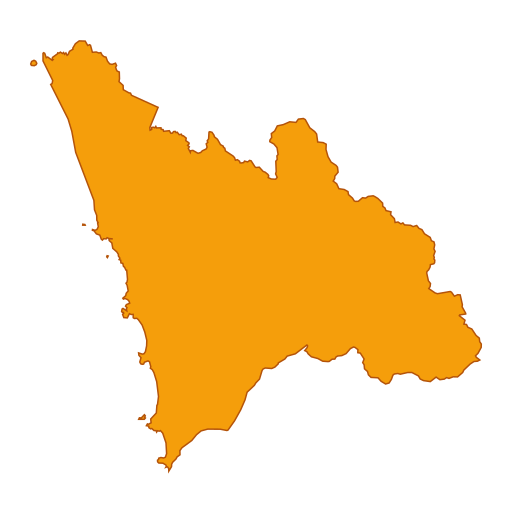 Mandailing Natal, Sumatera Utara, Indonesia
{"feature_id": "22746128B80893459197040", "entity_name": "Mandailing Natal", "entity_type": "district", "adm_level": 2, "iso_a3": "IDN", "parent_name": "Indonesia", "parent_adm1": "Sumatera Utara", "projection": "albers", "projection_center": [99.32, 0.78], "detail": "fine", "context": "isolated", "style": "filled", "palette": "amber", "viewbox_px": 512, "rotation_deg": 0, "n_neighbors": 0, "source": "geoboundaries", "source_scale": "gbopen_adm2", "svg_char_len": 6006}
<svg xmlns="http://www.w3.org/2000/svg" viewBox="0 0 512 512"><path d="M303.4,118.5L298.4,119.1L296.0,122.4L289.7,121.8L283.3,124.6L277.3,125.9L274.7,131.0L271.3,133.6L271.7,137.5L269.9,140.1L269.8,141.7L273.9,144.0L277.0,147.7L278.1,154.5L276.9,155.9L277.2,159.5L275.8,161.2L276.2,171.5L275.6,173.9L277.2,177.3L275.7,179.2L271.3,179.0L268.2,177.6L268.7,175.7L267.9,174.4L265.2,172.2L263.1,171.4L259.3,167.2L256.0,167.5L255.1,167.0L251.1,160.8L249.6,160.4L247.7,161.9L244.5,161.1L243.6,162.6L241.1,163.0L240.0,162.8L239.6,161.3L237.4,159.7L235.4,160.2L234.6,157.7L233.2,156.1L225.4,150.9L224.8,148.2L223.5,147.4L223.3,146.2L220.5,144.6L217.4,139.2L214.4,136.8L214.0,135.2L212.0,132.3L209.8,131.7L209.0,132.1L208.6,138.9L207.2,140.8L207.8,142.4L206.2,143.8L207.1,147.2L206.1,149.0L202.3,150.8L200.7,152.5L198.0,153.3L192.9,150.4L190.6,150.7L190.3,152.3L188.3,148.4L189.3,146.8L187.6,145.4L189.1,143.8L188.9,142.8L185.8,140.6L186.2,138.1L183.4,135.8L182.1,135.7L181.4,134.2L179.2,134.7L177.2,132.2L176.0,132.6L175.2,131.4L173.5,131.6L172.5,133.1L170.9,133.3L169.3,130.7L163.6,131.3L163.1,129.6L161.2,129.3L161.0,127.8L156.5,127.9L155.8,126.4L154.8,127.8L153.3,127.2L151.6,127.5L151.7,129.4L150.1,130.2L149.8,127.6L158.1,107.4L131.5,95.3L130.5,93.1L128.8,92.8L123.3,89.7L123.1,85.4L119.0,81.6L119.5,78.8L119.3,72.0L117.2,71.1L116.3,69.5L115.6,67.1L116.6,65.6L115.5,63.2L112.1,64.4L109.7,63.9L107.5,61.2L106.0,57.1L104.1,56.7L102.2,55.2L100.8,52.6L98.8,53.0L96.3,52.0L92.4,52.3L90.5,45.3L89.6,44.7L87.7,45.5L85.2,41.1L79.2,40.9L75.4,43.7L72.8,48.1L73.0,49.2L69.5,51.3L68.1,54.5L67.1,55.3L65.9,52.9L64.5,54.3L63.6,52.5L62.4,53.5L60.4,52.1L59.0,53.1L57.8,52.8L57.6,53.7L52.5,57.4L52.2,59.2L53.1,59.6L52.3,60.4L47.7,57.0L46.3,57.7L44.7,53.3L43.7,52.7L43.0,53.3L43.0,60.9L52.7,80.5L52.1,83.6L50.7,84.4L68.1,119.0L71.8,131.3L75.7,152.4L93.9,200.4L94.5,209.8L96.7,215.4L96.8,220.2L98.1,222.7L97.6,223.0L98.3,226.8L96.9,229.5L95.0,230.3L92.5,229.5L92.4,230.3L93.9,230.7L96.4,233.9L99.8,235.1L101.3,239.2L102.4,240.1L103.7,238.7L106.2,238.9L107.1,237.7L108.9,238.5L112.8,238.9L108.9,238.7L109.2,240.6L111.8,242.9L112.8,248.4L116.8,251.9L118.3,254.2L118.4,256.0L119.9,258.2L119.1,259.6L120.7,260.2L120.9,262.9L122.8,263.4L123.5,266.5L124.5,267.1L125.9,270.1L126.7,270.2L127.5,279.4L127.0,282.1L126.0,283.2L127.1,285.2L128.2,290.9L126.2,293.3L125.7,295.7L122.8,298.2L123.4,299.1L125.1,298.5L127.6,299.6L129.1,301.3L129.7,303.2L126.4,304.6L125.5,306.2L127.0,307.7L126.4,308.7L126.8,310.9L123.0,308.4L122.1,309.0L121.6,311.4L122.3,312.4L123.5,312.4L123.7,313.3L122.6,314.4L123.8,317.6L127.3,317.9L129.4,313.7L131.2,314.5L133.2,314.4L133.2,317.7L134.4,318.5L136.8,318.3L138.3,319.6L142.1,325.0L144.8,332.1L146.8,340.4L146.6,345.9L145.4,351.7L143.9,353.8L142.3,354.1L138.6,352.9L138.9,355.3L141.0,357.7L139.8,362.0L140.7,363.8L142.2,364.3L143.6,364.1L144.5,362.2L148.0,360.9L149.5,361.8L150.8,366.7L150.3,368.2L152.3,369.7L153.9,372.6L156.7,381.7L158.5,396.5L157.5,404.6L156.9,405.2L156.3,413.0L150.7,419.0L151.1,422.8L148.3,424.3L147.4,423.9L146.4,425.7L148.8,426.2L148.9,427.7L150.7,428.9L151.8,428.5L154.1,430.6L156.1,430.6L156.6,432.1L157.6,430.7L159.2,431.2L160.4,430.6L162.7,433.1L166.0,442.9L166.6,453.6L165.4,457.2L163.6,458.0L160.9,457.5L158.7,458.2L158.6,459.3L157.5,460.2L157.6,461.8L158.7,463.0L162.9,463.2L165.8,464.9L166.4,466.2L165.8,467.3L167.1,466.8L167.8,467.3L168.7,468.6L168.8,471.1L171.5,466.7L171.7,464.0L172.7,462.2L175.9,459.1L177.1,456.9L180.0,454.8L179.9,450.6L182.0,447.7L191.8,440.5L196.5,434.7L201.1,430.9L207.7,429.1L220.2,429.2L226.9,430.5L228.0,430.1L234.5,420.9L240.7,409.8L245.0,399.9L247.1,392.2L254.4,385.3L255.8,382.9L259.5,379.1L262.1,370.4L263.2,368.9L265.3,368.0L271.7,368.5L274.9,367.1L278.2,363.9L278.3,362.9L284.9,359.0L287.2,356.1L295.4,353.8L306.9,345.0L307.6,345.8L307.2,347.5L304.7,350.6L306.8,351.6L308.2,353.9L311.4,356.8L317.8,358.5L322.7,361.2L328.0,361.6L329.3,361.4L332.1,359.2L334.8,359.1L336.1,356.9L337.7,356.0L341.8,355.6L346.1,353.6L350.4,348.6L353.5,347.0L355.0,347.4L357.9,349.6L357.8,352.7L360.3,353.1L364.1,359.0L362.7,362.6L364.1,364.7L364.5,368.8L367.5,371.5L368.4,374.8L371.0,377.4L378.0,377.8L381.1,381.3L385.6,384.0L389.1,383.0L391.4,379.4L392.9,375.2L394.3,374.0L397.8,373.5L400.3,374.2L407.7,372.5L411.9,372.5L418.4,375.9L420.2,379.0L423.5,380.6L430.3,381.6L436.1,377.1L439.9,379.7L444.3,379.1L446.6,377.6L449.0,378.4L453.2,376.8L457.6,376.9L462.7,372.5L463.8,370.1L470.2,364.0L474.0,361.5L477.5,361.2L479.8,360.0L476.3,357.3L475.5,355.8L478.0,353.3L481.2,347.4L481.3,344.0L479.7,341.7L479.3,338.1L476.1,335.5L471.8,329.0L467.9,327.3L466.5,324.5L463.9,324.1L465.0,320.2L459.3,315.7L459.7,314.9L465.7,314.0L465.7,313.3L462.1,306.8L462.4,304.8L460.2,294.9L457.7,294.7L454.4,296.2L451.5,292.2L450.2,291.5L437.5,293.7L435.2,293.0L428.8,288.6L430.1,286.6L430.5,283.5L428.4,280.8L426.7,273.0L427.0,271.5L428.7,269.8L430.1,267.0L430.4,264.6L433.8,263.8L434.6,262.7L434.8,260.1L433.9,258.9L434.3,257.3L433.6,255.7L435.1,251.4L433.9,248.9L434.7,244.9L434.0,241.9L431.4,240.7L430.2,237.4L424.5,233.8L421.9,229.6L419.0,228.4L416.7,225.5L413.1,226.6L410.6,225.3L404.5,224.9L402.9,222.9L400.9,223.9L398.0,222.0L395.1,222.5L394.4,218.7L390.6,214.7L391.0,211.8L386.0,210.6L384.9,207.9L382.8,206.4L382.6,203.1L377.8,198.4L374.7,196.5L373.2,195.8L368.2,196.4L365.6,198.1L362.5,197.7L358.3,201.3L355.4,201.4L354.2,200.9L352.5,198.1L348.5,194.6L348.0,191.6L344.2,189.5L338.9,188.7L336.7,183.8L333.2,181.1L334.7,178.6L334.8,176.2L338.1,172.2L337.5,167.2L336.1,165.4L331.1,162.1L328.0,156.7L326.0,149.5L326.2,144.2L323.2,142.6L317.7,142.0L316.6,134.0L314.7,131.6L309.8,127.8L305.3,119.6L303.4,118.5ZM36.2,64.7L36.8,63.3L35.7,61.2L34.0,60.3L31.6,61.5L30.7,64.0L31.4,65.4L34.3,65.7L36.2,64.7ZM145.4,418.0L144.6,417.4L145.3,415.8L144.4,414.7L141.3,417.9L139.4,417.8L138.7,419.3L144.3,419.3L145.4,418.0ZM82.8,224.2L82.7,225.2L85.2,225.2L84.9,224.5L82.8,224.2ZM107.4,257.6L108.2,256.0L107.1,255.7L106.7,256.8L107.4,257.6Z" fill="#f59e0b" stroke="#b45309" stroke-width="1.5"/></svg>